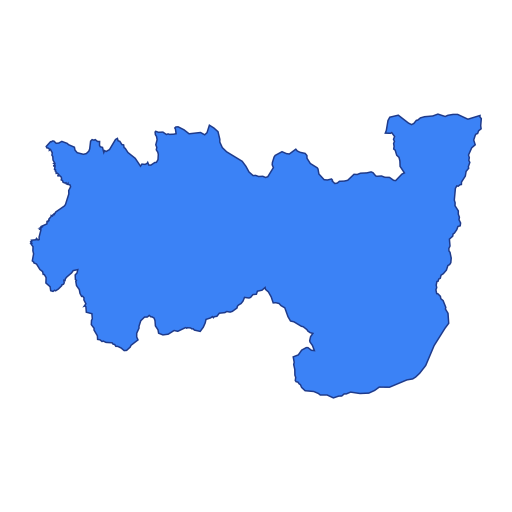 the district of Nyanza, Southern, Rwanda
{"feature_id": "39286606B66592032419282", "entity_name": "Nyanza", "entity_type": "district", "adm_level": 2, "iso_a3": "RWA", "parent_name": "Rwanda", "parent_adm1": "Southern", "projection": "robinson", "projection_center": [29.757, -2.344], "detail": "fine", "context": "isolated", "style": "filled", "palette": "blue", "viewbox_px": 512, "rotation_deg": 0, "n_neighbors": 0, "source": "geoboundaries", "source_scale": "gbopen_adm2", "svg_char_len": 5974}
<svg xmlns="http://www.w3.org/2000/svg" viewBox="0 0 512 512"><path d="M480.0,115.5L467.9,119.2L457.6,114.4L453.1,114.4L447.9,115.3L445.2,116.5L437.9,114.1L432.7,116.0L424.6,116.7L420.4,117.9L417.6,120.2L416.4,120.3L413.8,123.5L411.5,124.6L408.5,123.1L398.3,115.2L389.8,117.2L388.0,120.5L386.3,130.5L385.3,133.1L390.5,133.3L391.7,132.6L394.6,136.5L393.5,139.3L394.5,141.4L393.6,143.5L394.1,146.4L393.7,149.0L395.2,150.2L396.7,155.2L399.0,157.4L399.9,161.0L400.1,166.4L404.4,172.9L401.9,174.1L395.7,180.6L393.7,180.4L389.5,177.4L384.9,177.3L381.5,176.0L376.8,176.3L375.7,175.9L373.0,172.7L371.1,171.9L366.8,172.9L360.5,173.2L357.2,174.5L354.0,174.3L347.7,180.3L344.2,181.1L339.4,181.3L337.3,183.1L334.8,183.5L332.2,181.0L332.5,180.2L331.5,179.0L327.4,180.0L324.1,179.7L318.9,174.0L318.0,169.0L317.2,167.8L310.3,163.5L307.0,158.3L306.9,155.5L305.1,153.4L300.0,152.3L297.3,151.0L295.8,149.2L289.3,154.0L286.4,153.6L282.0,151.7L275.2,155.4L274.1,157.0L272.4,162.5L272.2,164.8L273.4,167.6L267.8,176.7L265.6,177.5L262.8,176.3L258.6,176.5L255.6,175.4L253.1,175.6L249.0,172.0L245.9,166.3L242.2,161.3L226.6,151.8L222.3,147.6L219.8,142.1L219.8,139.3L218.0,131.7L213.9,128.0L209.4,125.2L207.0,132.7L204.7,134.8L200.5,132.5L189.1,133.8L184.0,129.8L178.1,126.8L175.8,127.0L174.8,128.0L175.4,128.9L176.1,133.7L173.7,134.2L169.4,134.4L168.1,133.9L166.4,134.5L162.9,132.1L158.4,132.3L155.7,131.3L155.1,132.1L155.4,134.7L156.5,136.4L157.1,139.7L155.8,144.8L156.8,147.4L156.3,149.8L157.8,152.2L158.3,154.4L158.0,159.6L156.4,162.4L154.8,162.5L150.9,165.1L148.8,165.1L147.7,162.4L147.1,163.4L145.1,164.4L141.9,164.1L140.5,166.2L135.2,158.3L127.9,152.5L125.2,148.3L124.1,147.7L123.6,144.9L121.9,144.6L119.8,141.3L118.1,140.8L117.4,138.4L115.5,139.5L109.5,149.6L106.1,151.5L104.6,150.6L103.8,152.5L102.5,147.4L100.3,146.8L99.5,145.3L99.6,141.5L97.6,141.5L95.2,139.6L94.0,140.2L92.1,139.6L90.6,141.2L89.7,148.9L88.8,151.2L86.3,153.6L83.4,154.3L77.2,152.7L75.0,150.1L74.4,147.2L68.6,144.7L67.2,143.4L61.8,141.4L58.7,143.1L56.2,143.3L53.9,141.1L52.4,141.0L51.4,141.8L50.5,141.7L46.2,146.5L47.0,148.0L48.0,148.0L49.5,149.1L49.4,150.2L50.5,149.5L52.3,152.9L51.9,155.1L52.8,156.5L53.0,160.0L54.8,163.2L53.9,163.5L54.8,164.1L54.6,165.3L53.8,165.6L54.0,166.2L55.1,166.1L54.5,169.3L55.5,169.7L55.2,170.9L55.9,171.3L56.2,173.4L57.4,173.2L58.8,174.5L57.9,175.3L58.0,175.9L59.9,175.8L61.0,176.8L61.6,178.1L61.2,179.9L62.5,180.5L63.1,182.3L64.9,183.0L66.0,182.7L66.1,183.7L67.4,184.3L68.0,183.4L68.2,184.4L70.1,185.0L70.6,186.8L68.7,190.5L68.8,194.0L65.5,204.4L64.5,205.9L55.7,212.0L55.0,213.3L54.0,213.8L54.3,214.6L52.9,214.8L52.5,216.0L51.2,215.5L51.2,216.4L48.8,219.2L49.0,220.6L48.0,220.9L48.0,221.5L47.0,221.5L46.9,223.9L41.1,226.5L40.9,226.9L41.7,227.1L40.0,228.0L41.0,228.1L40.0,229.3L40.8,229.3L40.9,230.0L39.1,237.0L39.2,239.5L38.0,240.0L37.4,239.2L36.8,239.5L36.4,238.6L35.7,239.8L31.4,240.2L31.7,241.5L30.9,241.7L31.3,242.2L30.7,243.1L31.7,243.4L31.1,244.0L33.0,246.7L32.9,250.8L33.6,253.8L32.3,260.9L33.7,262.0L33.9,262.9L36.5,264.0L39.9,269.5L42.6,271.6L43.2,274.4L44.3,274.5L46.1,277.6L45.9,283.0L50.1,286.7L50.7,290.7L53.0,291.4L54.5,290.3L55.6,290.8L58.4,289.0L61.7,285.7L61.8,284.9L63.5,284.2L64.2,282.8L63.9,280.3L65.0,280.6L65.4,278.7L66.9,276.9L71.6,272.9L73.2,270.6L77.8,269.6L77.0,273.0L75.2,274.9L75.4,279.5L76.4,280.4L75.8,281.4L76.5,285.6L79.3,289.6L80.0,293.4L81.6,296.4L82.6,296.2L84.0,297.8L83.9,299.9L85.9,303.8L84.2,306.2L85.2,305.9L85.9,306.8L86.3,312.2L91.9,313.7L92.3,318.9L91.5,320.4L91.3,324.6L94.1,328.3L94.0,330.0L97.4,335.8L97.6,339.4L100.0,339.8L102.0,341.5L103.3,341.1L106.0,342.4L112.1,342.8L113.0,344.1L114.7,344.5L115.8,346.3L117.8,346.4L121.1,348.0L124.2,350.6L126.6,350.4L130.2,347.1L131.0,345.3L138.0,339.9L136.7,337.0L136.7,333.2L139.0,328.2L139.0,326.2L140.8,320.7L144.5,317.1L147.4,317.0L149.2,315.4L151.0,316.9L152.0,316.8L154.1,318.1L155.0,320.6L155.4,325.9L158.0,329.8L158.6,333.2L162.9,334.9L168.2,334.2L174.1,330.5L177.8,331.3L185.5,327.6L186.8,328.2L187.2,327.7L190.5,327.9L191.9,328.9L193.1,328.8L194.4,330.1L200.2,331.4L203.3,327.2L205.2,322.9L206.0,319.4L210.6,317.9L212.4,316.6L213.4,317.7L214.2,316.7L216.9,316.3L219.3,313.2L224.9,312.6L226.8,311.5L230.1,312.1L232.3,311.4L237.0,308.0L237.4,306.2L238.4,305.1L241.1,303.5L243.0,301.1L244.5,297.4L249.0,298.0L250.6,297.4L252.9,294.6L256.4,294.2L257.4,291.2L262.0,290.2L265.1,287.5L265.5,289.4L268.4,291.9L271.2,296.9L273.2,302.9L275.8,302.7L279.1,303.5L281.0,305.6L284.8,307.8L288.0,316.7L290.5,321.0L293.9,321.8L301.4,326.3L303.2,326.7L306.9,329.6L307.9,331.1L310.2,332.7L312.9,333.4L310.6,336.6L309.7,340.6L310.0,342.0L312.4,345.4L314.4,350.6L311.4,350.3L307.9,347.6L306.3,347.6L301.7,350.1L298.3,354.9L293.2,356.9L294.2,362.3L293.7,364.5L294.8,369.5L294.9,375.1L295.7,377.4L295.3,380.5L296.1,381.7L297.9,382.1L299.2,383.9L300.4,384.6L301.6,387.4L305.1,390.7L313.8,391.5L318.4,393.5L320.3,395.0L327.1,395.0L333.4,397.9L338.7,396.1L341.7,396.0L344.2,393.9L346.3,393.9L350.6,392.1L360.0,393.5L368.8,393.1L374.7,390.4L379.2,387.1L389.5,387.2L406.9,379.9L412.7,378.9L415.7,377.0L419.7,373.2L425.7,365.5L434.1,345.6L444.9,328.4L448.7,323.3L448.0,313.3L445.4,309.0L445.8,307.4L443.1,300.6L440.8,298.7L440.4,296.3L437.9,293.8L436.7,293.6L435.9,289.8L436.7,287.6L436.2,285.1L436.9,281.5L438.1,281.2L438.7,279.1L440.3,278.2L441.0,275.2L443.3,273.7L446.4,270.1L447.9,265.5L449.6,264.6L450.8,262.7L451.2,258.1L450.0,252.3L449.0,251.0L448.8,248.6L450.0,246.0L449.4,239.1L452.7,236.2L453.1,233.9L454.4,233.1L456.8,229.6L457.9,226.5L460.2,225.8L460.6,223.0L459.0,219.7L459.4,217.2L458.3,214.2L458.3,210.9L455.0,205.7L455.1,202.8L454.3,200.1L455.4,188.3L456.8,185.9L458.2,186.2L459.9,184.8L461.4,184.5L461.5,182.0L465.3,176.1L466.1,171.4L468.7,168.2L468.3,166.8L469.8,162.4L468.8,160.3L469.3,157.7L468.5,155.0L471.7,147.8L475.2,144.8L473.7,140.0L475.3,135.1L476.1,134.0L477.6,133.5L478.6,130.8L481.1,128.8L480.7,125.7L481.3,118.6L479.9,116.9L480.0,115.5Z" fill="#3b82f6" stroke="#1e3a8a" stroke-width="1.5"/></svg>